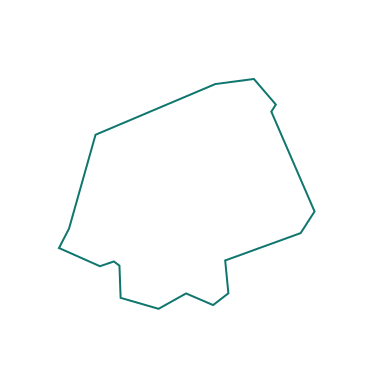 outline of Cueibet, Lakes, South Sudan, rotated 37°
{"feature_id": "79223893B36009183812967", "entity_name": "Cueibet", "entity_type": "district", "adm_level": 2, "iso_a3": "SSD", "parent_name": "South Sudan", "parent_adm1": "Lakes", "projection": "albers", "projection_center": [29.25, 7.096], "detail": "fine", "context": "isolated", "style": "outline", "palette": "teal", "viewbox_px": 384, "rotation_deg": 37, "n_neighbors": 0, "source": "geoboundaries", "source_scale": "gbopen_adm2", "svg_char_len": 399}
<svg xmlns="http://www.w3.org/2000/svg" viewBox="0 0 384 384"><g transform="rotate(37 192 192)"><path d="M235.6,305.4L248.3,276.6L276.9,269.6L282.0,251.0L259.7,226.7L303.5,159.4L301.6,133.8L207.0,80.1L206.3,71.7L173.4,64.5L168.4,69.4L145.6,91.8L80.5,204.3L115.8,295.2L119.5,316.8L163.1,306.7L171.4,294.5L178.4,294.5L198.7,319.5L235.6,305.4Z" fill="none" stroke="#0f766e" stroke-width="2"/></g></svg>